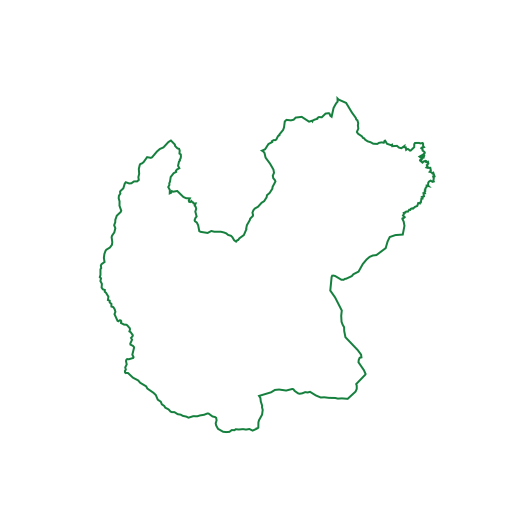 outline of Piñas, El Oro, Ecuador, rotated 116°
{"feature_id": "8360857B66952763601704", "entity_name": "Piñas", "entity_type": "district", "adm_level": 2, "iso_a3": "ECU", "parent_name": "Ecuador", "parent_adm1": "El Oro", "projection": "mercator", "projection_center": [-79.823, -3.71], "detail": "fine", "context": "isolated", "style": "outline", "palette": "green", "viewbox_px": 512, "rotation_deg": 116, "n_neighbors": 0, "source": "geoboundaries", "source_scale": "gbopen_adm2", "svg_char_len": 6093}
<svg xmlns="http://www.w3.org/2000/svg" viewBox="0 0 512 512"><g transform="rotate(116 256 256)"><path d="M78.7,251.8L81.5,250.3L83.7,250.9L88.8,251.2L97.7,249.1L97.4,250.6L95.7,252.6L95.8,253.3L97.5,255.9L102.5,257.7L103.5,260.3L104.8,261.2L105.8,261.0L107.7,263.1L109.6,264.5L110.2,264.4L109.9,265.0L112.0,267.2L110.9,275.9L114.2,281.0L117.0,281.9L118.8,284.1L120.3,288.3L122.5,289.1L128.1,287.2L130.8,286.9L136.7,288.3L137.2,287.9L138.6,288.8L142.2,288.8L143.3,289.3L144.2,291.0L145.8,292.0L146.5,291.4L149.9,293.9L156.1,294.6L158.7,296.8L158.9,295.1L159.7,293.5L163.4,290.5L166.9,283.8L170.7,278.2L173.3,276.3L176.5,276.1L178.5,274.6L179.6,272.1L180.5,271.2L186.6,271.4L188.4,270.8L193.4,271.4L196.6,272.8L198.5,272.2L203.1,272.7L205.7,274.3L210.9,275.8L213.9,277.9L216.0,278.4L218.6,278.2L220.5,276.6L221.4,276.4L225.0,277.6L226.6,277.3L232.3,277.7L235.8,276.8L236.0,276.4L242.5,276.1L247.4,278.7L249.4,279.0L249.9,279.7L251.8,280.2L251.4,282.6L249.5,285.4L248.8,287.3L249.3,290.3L248.7,292.6L248.9,295.1L249.6,298.2L252.5,304.2L253.1,307.1L256.5,309.6L258.6,316.5L258.5,317.9L253.8,321.4L251.9,323.8L251.5,326.1L250.7,326.9L248.3,327.1L246.5,326.7L242.7,330.0L239.8,330.4L238.0,332.1L237.6,333.2L235.2,333.3L236.2,335.1L235.4,336.1L235.5,337.1L234.9,338.2L236.4,338.8L236.6,339.8L235.7,340.7L233.2,340.7L234.7,344.1L234.8,347.1L232.1,355.3L234.5,358.6L234.6,360.1L236.3,360.0L237.5,361.0L234.4,362.4L232.5,365.1L230.1,365.0L228.7,365.8L226.9,365.9L222.4,367.3L217.6,366.3L215.4,364.6L214.5,365.3L213.0,365.0L210.7,363.4L209.1,365.6L204.9,366.6L203.6,366.2L202.7,366.8L201.6,366.5L199.7,367.0L197.7,368.1L197.5,369.7L194.7,370.8L193.4,372.1L193.7,373.8L193.0,375.8L192.5,377.0L191.4,377.8L189.5,383.1L192.0,384.7L199.0,386.8L201.9,389.3L205.4,390.8L212.9,392.7L213.9,393.6L214.9,397.2L220.9,398.2L222.8,399.1L224.0,400.3L225.1,400.4L229.1,399.5L233.4,397.0L236.7,396.3L239.0,394.7L241.0,395.5L242.5,398.4L245.3,399.9L246.4,401.8L246.8,405.4L248.5,405.7L253.3,404.9L257.0,406.3L258.0,406.3L259.3,405.3L261.9,405.6L264.2,404.8L266.7,402.6L270.7,400.7L274.3,397.0L275.7,396.9L280.8,398.8L285.1,398.3L287.4,397.3L290.5,397.0L292.7,394.6L296.9,393.7L300.9,394.3L302.4,394.0L306.6,391.2L309.1,390.4L312.4,391.0L316.0,393.3L317.2,393.5L320.5,393.2L324.4,391.9L327.8,389.5L330.9,391.2L332.5,391.3L334.8,389.8L336.1,390.0L341.2,387.5L343.5,387.1L344.0,385.5L346.7,384.9L348.6,382.3L352.1,380.9L353.1,379.0L352.8,377.0L354.4,376.3L354.8,374.7L357.3,370.8L360.5,369.8L360.3,367.9L361.9,367.1L362.4,365.0L364.8,363.8L364.5,361.8L365.9,359.6L367.8,357.9L370.3,357.7L375.0,352.0L375.0,351.1L373.5,350.3L373.2,349.4L373.6,348.6L375.4,348.0L375.5,344.5L374.6,342.4L374.7,341.5L376.3,337.7L377.4,337.0L379.3,336.7L379.4,335.3L381.2,332.0L382.2,331.8L384.4,332.4L385.6,330.7L389.8,330.6L390.7,330.0L390.7,327.3L391.2,326.0L391.9,325.4L398.9,323.9L400.6,321.7L401.5,321.7L404.6,325.1L405.1,326.6L406.1,327.0L407.4,326.8L410.1,324.7L413.4,324.7L415.2,323.2L416.8,323.4L418.0,322.7L418.7,321.2L418.4,321.7L418.0,321.4L417.3,319.7L419.3,313.3L419.5,307.3L420.7,304.6L421.3,297.6L422.8,295.5L423.9,288.2L424.9,285.1L428.2,281.3L428.7,277.7L430.6,275.6L431.0,272.7L432.1,271.1L432.2,267.3L433.3,264.6L433.2,263.2L432.1,260.8L432.5,257.0L431.6,254.1L431.8,251.8L430.9,248.2L430.9,245.8L427.5,242.2L425.8,238.5L423.8,236.4L421.5,233.1L418.8,230.6L418.4,229.5L419.3,224.8L418.7,222.3L418.9,220.9L420.9,219.4L424.0,218.9L425.7,217.6L428.0,214.4L428.4,208.5L427.3,205.5L425.7,202.8L423.1,201.5L422.0,199.0L420.6,198.3L419.5,195.4L417.3,191.8L416.4,188.9L414.4,186.1L414.4,182.5L411.4,180.0L410.8,180.0L410.3,179.1L409.2,178.7L404.5,180.9L402.4,181.3L395.9,181.0L391.4,182.5L389.3,184.3L387.8,184.9L384.7,187.9L381.7,189.8L380.4,191.9L371.9,182.7L368.1,180.3L365.9,176.7L363.7,169.9L359.6,165.1L359.4,163.9L360.3,162.2L361.0,158.0L360.7,156.4L359.2,154.3L356.8,152.1L356.0,149.7L354.4,147.9L355.1,141.1L354.8,135.8L353.1,132.8L351.5,128.2L348.9,122.6L348.3,119.9L346.3,116.4L344.2,111.0L334.3,107.1L331.3,107.2L328.4,108.6L327.2,109.8L314.6,105.7L314.0,105.8L311.3,109.0L306.6,117.3L304.4,118.1L302.0,118.2L300.9,116.8L298.6,118.3L296.0,123.3L289.8,140.0L284.8,143.8L281.4,145.6L279.7,148.1L277.6,150.3L272.4,153.2L267.4,155.0L258.6,166.7L254.5,174.1L241.8,178.8L240.3,178.9L239.6,177.7L239.3,176.0L239.9,168.9L239.0,166.9L237.5,166.0L237.0,165.1L232.1,161.1L229.7,160.5L225.1,157.0L216.4,156.5L210.7,155.1L207.0,153.5L204.3,151.2L202.4,148.2L192.1,142.9L185.2,144.1L180.3,144.1L176.1,139.9L172.4,133.5L163.8,135.8L160.4,138.3L158.4,140.8L157.8,140.8L157.4,140.0L155.9,139.4L155.2,141.6L153.4,141.5L152.5,142.1L151.6,140.8L150.9,141.0L150.1,140.3L149.5,138.9L147.3,138.6L146.9,137.5L145.7,137.5L144.6,136.5L144.7,135.7L142.2,134.7L140.3,133.0L137.3,133.4L136.9,131.8L136.2,132.1L135.6,131.3L131.8,132.5L131.4,131.5L130.1,131.9L129.9,132.5L128.7,131.2L126.2,133.0L125.5,131.7L124.7,132.6L123.3,132.3L122.8,133.2L121.7,133.0L121.0,133.4L119.3,133.0L117.9,133.5L117.5,131.5L117.2,132.3L114.7,133.3L113.4,133.2L111.7,132.1L112.0,129.9L111.1,128.9L110.4,129.7L108.6,130.1L107.0,131.5L106.7,130.5L106.3,130.3L103.5,133.1L104.5,133.6L103.9,134.8L104.2,136.8L102.4,136.4L100.3,138.0L101.5,140.2L101.7,141.6L100.1,141.2L99.4,142.3L97.4,141.6L96.0,142.7L96.8,143.3L97.0,144.4L96.9,145.0L96.1,144.9L96.1,145.3L97.6,146.8L99.1,147.3L98.3,150.4L97.6,150.5L97.1,149.4L95.7,149.4L95.0,152.6L92.8,151.1L94.2,149.3L94.1,148.5L91.7,148.9L91.4,150.2L89.3,149.5L88.6,150.3L88.2,152.5L87.0,153.1L86.7,154.7L86.1,154.7L84.5,152.8L83.9,154.0L81.9,155.0L81.4,155.8L82.7,157.5L82.9,159.1L84.7,162.6L86.1,162.8L88.8,161.5L93.4,163.2L93.8,163.8L93.2,166.0L93.6,167.0L94.7,167.6L92.7,169.0L93.3,170.6L92.2,170.9L95.4,172.6L95.9,175.0L95.2,177.6L97.6,181.7L96.3,182.5L97.2,183.3L97.7,187.5L95.7,190.5L96.1,190.9L98.2,190.8L98.8,192.9L100.4,195.1L102.1,196.1L103.7,199.9L103.5,202.9L104.0,205.9L103.6,208.9L102.8,210.4L103.0,211.5L102.0,213.3L101.4,217.8L100.6,219.3L100.3,219.7L96.6,219.9L93.9,221.7L91.9,222.3L89.6,224.3L89.3,225.8L88.1,226.9L85.0,232.7L78.9,242.1L79.2,250.4L78.7,251.8Z" fill="none" stroke="#15803d" stroke-width="2"/></g></svg>